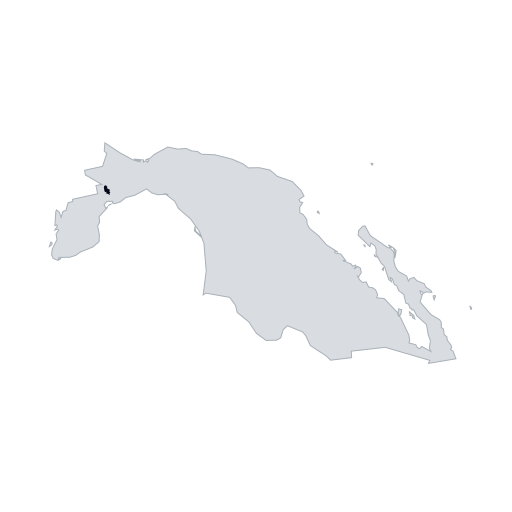 Emiliano Zapata, Tabasco, Mexico shown in context, rotated 168°
{"feature_id": "50627088B17857349990944", "entity_name": "Emiliano Zapata", "entity_type": "district", "adm_level": 2, "iso_a3": "MEX", "parent_name": "Mexico", "parent_adm1": "Tabasco", "projection": "orthographic", "projection_center": [-91.663, 17.694], "detail": "fine", "context": "in_parent", "style": "filled", "palette": "ink", "viewbox_px": 512, "rotation_deg": 168, "n_neighbors": 0, "source": "geoboundaries", "source_scale": "gbopen_adm2", "svg_char_len": 5425}
<svg xmlns="http://www.w3.org/2000/svg" viewBox="0 0 512 512"><g transform="rotate(168 256 256)"><path d="M81.8,113.9L109.6,115.1L107.7,117.8L148.6,139.8L182.6,143.1L183.6,136.7L204.8,138.6L207.9,143.5L221.4,157.0L223.9,167.7L226.2,172.0L239.7,181.2L244.7,178.3L248.9,170.8L253.4,169.4L263.7,171.3L271.7,180.3L276.7,193.0L286.1,204.7L286.3,211.9L290.3,221.0L312.7,230.1L315.8,228.9L307.8,251.7L304.3,279.2L305.2,285.2L311.0,293.4L309.5,297.6L310.0,293.3L305.2,286.4L306.6,292.7L312.3,305.9L322.0,318.7L324.1,326.5L331.0,334.6L329.0,334.4L333.1,336.3L331.8,335.2L339.3,336.3L344.6,339.2L349.2,344.4L362.0,340.6L371.3,340.2L377.6,337.1L384.1,336.6L385.4,337.7L384.9,339.3L390.3,340.4L393.9,337.9L392.9,333.8L391.2,334.8L391.6,334.0L401.3,327.1L401.9,321.6L404.7,318.3L404.8,309.3L406.5,302.7L413.8,298.7L426.7,296.5L432.3,294.1L438.6,293.5L449.0,295.6L449.9,294.1L447.1,294.1L450.6,292.9L454.9,295.8L455.7,299.8L453.8,305.2L447.2,313.5L447.0,319.0L443.7,322.4L444.3,323.6L447.4,323.1L444.2,326.6L444.3,328.0L446.4,327.5L442.5,341.3L441.4,342.6L439.2,339.5L438.6,334.3L435.6,339.7L432.4,340.2L428.6,347.3L424.0,347.3L423.6,349.6L397.9,349.8L397.9,358.2L392.0,358.1L406.1,370.8L405.7,375.5L387.4,375.6L380.7,387.3L382.6,390.3L380.3,398.1L367.1,384.7L356.5,375.7L350.0,372.2L349.3,373.0L355.3,376.2L346.0,373.3L346.6,371.2L344.1,372.1L342.6,370.1L340.9,372.1L344.0,373.2L339.3,373.6L334.5,376.5L319.6,380.9L310.2,376.8L302.1,375.8L296.8,372.0L291.5,370.4L288.2,366.9L275.3,363.6L259.4,355.8L249.3,348.6L245.2,343.8L234.5,341.7L224.5,337.2L218.5,329.4L205.1,321.3L198.5,311.0L196.5,304.7L202.2,302.3L201.6,299.7L199.2,298.7L203.2,294.4L204.1,289.0L201.3,286.9L198.8,281.2L199.3,276.3L197.8,271.7L190.6,262.8L184.7,252.2L174.9,242.6L177.8,244.5L178.2,242.6L172.7,240.3L169.3,233.1L172.2,233.6L164.5,228.3L163.7,225.9L160.5,226.4L160.1,225.4L162.8,222.9L158.6,224.6L156.4,222.4L156.5,217.9L159.9,214.3L160.9,215.1L159.4,210.8L157.2,208.0L153.7,207.8L152.2,202.1L148.2,200.5L146.0,197.9L145.1,193.0L146.6,190.0L139.5,187.8L129.4,171.3L129.2,167.6L127.6,166.3L122.9,146.7L123.3,141.0L124.5,139.2L118.2,136.0L117.3,132.8L115.3,131.5L112.6,133.0L104.7,126.2L105.6,130.0L103.0,136.8L103.9,142.7L103.5,153.5L111.1,164.0L113.0,170.7L114.5,170.6L114.9,172.6L116.2,172.9L116.8,177.2L119.3,178.8L119.4,187.6L123.6,192.5L124.5,197.6L126.6,199.4L127.4,205.4L129.2,207.0L128.7,202.6L131.1,205.4L132.5,219.0L135.2,223.2L138.2,233.2L137.1,237.2L137.5,240.9L140.8,244.8L142.6,241.4L151.8,255.1L150.2,259.7L145.6,262.8L143.2,262.9L139.9,252.1L125.0,236.4L123.5,236.5L120.7,231.7L120.4,228.7L122.3,222.4L121.8,216.0L120.0,211.4L112.9,205.1L112.1,199.7L110.3,201.7L106.1,202.3L103.8,198.4L97.1,193.8L96.5,190.6L91.9,185.5L91.6,183.9L97.1,185.5L100.6,184.6L100.3,186.0L102.8,187.8L102.4,184.2L101.2,183.8L105.1,177.0L97.1,162.4L89.6,155.5L88.6,152.4L89.6,147.5L87.8,145.6L88.3,140.0L86.1,137.3L86.4,133.9L83.8,128.3L83.7,125.8L85.2,124.3L83.1,121.9L81.8,113.9ZM128.8,171.4L127.3,174.7L124.7,173.2L126.7,168.3L128.4,167.9L128.8,171.4ZM117.5,169.4L114.1,165.2L113.7,161.3L115.5,162.8L115.6,165.0L117.6,165.7L117.5,169.4ZM453.8,312.3L452.7,311.2L453.2,309.6L456.1,308.2L453.8,312.3ZM120.3,236.0L117.8,232.2L120.6,225.1L119.2,231.6L120.3,236.0ZM90.7,180.4L88.6,179.7L90.8,176.1L91.2,179.0L90.7,180.4ZM57.2,162.8L55.9,160.1L56.5,159.1L57.1,159.3L57.2,162.8ZM122.8,236.4L124.2,239.4L120.8,236.3L122.8,236.4ZM187.0,285.9L186.5,287.1L185.5,286.5L185.3,284.5L187.0,285.9ZM139.7,230.8L140.2,233.1L138.5,230.1L139.7,230.8ZM134.4,215.5L135.4,216.6L133.5,218.5L134.4,215.5ZM124.3,322.6L123.5,322.8L122.4,321.8L123.5,320.7L124.3,322.6ZM388.6,336.6L386.3,337.1L390.2,335.9L388.6,336.6ZM148.3,244.4L147.2,244.0L147.3,241.9L148.3,244.4Z" fill="#d9dde1" stroke="#a8b0b8" stroke-width="1"/><path d="M387.4,348.1L387.1,347.8L387.1,348.0L387.0,347.9L386.9,348.0L386.7,348.3L386.3,348.6L386.4,348.8L386.5,349.1L386.8,349.3L386.7,349.5L386.7,349.9L386.8,350.1L386.8,350.3L386.7,350.5L386.6,350.8L386.4,350.8L386.1,351.0L386.3,351.2L386.6,351.2L386.7,351.3L386.8,351.3L387.0,351.5L387.3,351.6L387.4,351.4L387.4,351.5L387.5,351.6L387.8,351.7L387.9,351.8L388.0,351.9L387.9,351.8L388.0,351.8L388.2,352.0L388.2,351.9L388.3,351.9L388.5,351.9L388.5,352.0L388.4,352.1L388.5,352.1L388.4,352.1L388.5,352.1L388.4,352.2L388.5,352.2L388.5,352.3L388.6,352.5L388.7,352.8L388.6,352.7L388.6,352.8L388.4,352.9L388.5,352.9L388.5,353.0L388.7,353.3L388.8,353.3L388.8,353.5L388.9,353.8L388.8,354.0L388.7,354.1L388.8,354.1L388.7,354.1L388.8,354.2L388.7,354.3L388.7,354.2L388.7,354.3L388.7,354.5L388.7,354.4L388.7,354.5L388.5,354.8L388.4,354.8L388.2,354.9L388.2,355.0L388.1,354.9L388.0,355.0L387.9,355.0L388.0,355.0L388.3,355.1L388.3,355.3L388.7,355.5L388.8,355.5L388.8,355.4L388.9,355.5L389.0,355.5L389.3,355.5L389.4,355.4L389.4,355.2L389.5,355.0L389.5,354.9L389.6,354.7L389.8,354.6L389.7,353.9L389.6,353.7L389.7,353.3L389.7,353.2L389.9,353.1L390.0,352.8L389.9,352.7L389.7,352.4L389.8,352.3L389.8,352.2L389.7,351.9L389.9,351.7L389.7,351.5L389.8,351.4L389.8,351.2L389.7,350.9L389.8,350.9L389.8,350.6L389.4,350.6L389.1,350.6L388.8,350.7L388.6,350.6L388.6,350.8L389.0,350.9L389.1,351.0L388.9,351.2L388.6,351.0L388.4,351.0L388.3,351.3L388.2,351.4L387.9,351.4L387.8,350.9L388.0,350.9L387.9,350.8L387.8,350.6L387.8,350.3L388.1,349.6L388.2,349.4L388.1,349.2L388.3,349.0L388.2,349.0L388.3,348.7L387.8,348.3L387.6,348.2L387.4,348.1L387.4,348.1Z" fill="#0f172a" stroke="#020617" stroke-width="1.5"/></g></svg>